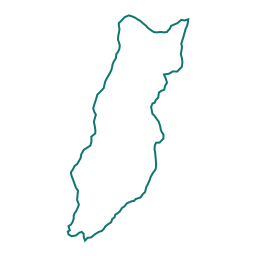 outline of Oriente, São Paulo, Brazil
{"feature_id": "56859067B33537633003758", "entity_name": "Oriente", "entity_type": "district", "adm_level": 2, "iso_a3": "BRA", "parent_name": "Brazil", "parent_adm1": "São Paulo", "projection": "equal_earth", "projection_center": [-50.092, -22.144], "detail": "fine", "context": "isolated", "style": "outline", "palette": "teal", "viewbox_px": 256, "rotation_deg": 0, "n_neighbors": 0, "source": "geoboundaries", "source_scale": "gbopen_adm2", "svg_char_len": 2132}
<svg xmlns="http://www.w3.org/2000/svg" viewBox="0 0 256 256"><path d="M85.0,240.6L87.5,237.8L90.9,237.5L93.1,235.7L95.8,233.7L99.0,231.8L101.8,231.0L104.0,228.6L105.3,226.4L108.0,224.3L111.2,222.2L112.3,218.9L114.4,217.5L115.3,214.6L117.8,213.2L120.1,211.0L121.9,208.1L124.4,206.4L127.0,203.2L131.3,201.4L134.2,200.8L135.7,199.0L137.7,198.4L140.3,197.6L142.8,194.2L145.1,192.0L145.7,189.4L146.4,186.8L148.0,183.8L149.7,179.9L150.8,176.7L153.0,172.8L155.5,169.5L156.1,166.5L156.0,162.6L155.7,158.7L155.2,153.1L154.5,148.9L154.8,145.6L156.1,142.7L159.6,142.6L161.8,140.3L163.4,138.7L163.5,134.6L161.7,132.0L160.7,129.3L160.2,126.2L158.7,121.6L156.8,119.1L154.3,115.5L152.5,114.0L151.8,110.6L151.1,106.9L152.6,103.3L154.6,102.8L155.8,100.0L158.2,97.6L158.9,92.6L161.4,90.8L164.2,89.8L165.1,85.7L167.0,82.8L165.9,78.8L164.0,74.5L168.8,73.8L172.9,71.4L177.0,71.6L179.4,69.3L181.9,66.7L182.4,62.3L182.0,58.6L180.8,54.0L181.5,50.5L182.0,46.9L181.3,43.8L182.3,40.4L183.2,37.8L184.1,34.5L185.6,28.9L186.9,26.2L187.7,23.5L188.2,19.3L184.6,20.5L181.4,19.9L179.4,21.4L177.5,23.1L174.6,24.4L171.1,25.8L170.1,28.2L166.9,32.0L163.8,32.4L161.4,32.0L159.1,32.1L156.6,32.4L153.7,32.0L150.7,30.0L148.3,28.2L146.0,25.7L143.0,23.3L140.2,20.8L137.4,19.3L135.3,17.8L132.4,16.5L128.9,15.4L124.6,17.2L120.9,21.2L118.8,23.1L118.9,26.2L119.5,28.9L119.1,31.7L118.2,36.3L118.0,39.6L118.9,42.3L119.8,45.6L119.3,49.1L117.9,52.1L116.3,54.1L116.0,57.8L113.8,61.5L112.5,64.6L112.1,67.3L111.3,70.2L109.8,73.3L107.3,77.5L105.3,81.3L104.6,84.0L103.7,88.2L101.4,90.5L99.6,92.4L97.3,94.7L96.2,98.8L94.5,104.0L93.2,108.3L94.2,111.6L95.9,114.8L94.9,117.9L93.9,121.8L94.9,126.9L95.4,130.3L95.2,133.5L91.3,136.7L91.5,141.3L90.4,145.6L86.6,148.0L83.8,149.8L81.3,154.2L80.6,158.2L79.1,160.7L77.1,164.2L74.8,165.7L73.0,169.2L70.9,172.4L71.6,176.0L72.9,179.3L74.1,182.6L75.9,187.6L78.1,191.0L77.6,194.2L77.1,199.9L78.9,204.6L77.4,208.5L76.1,211.2L74.6,213.2L73.7,215.7L73.7,218.7L72.6,222.0L70.9,224.6L68.5,226.2L69.8,230.4L67.8,231.5L68.6,234.5L71.6,236.2L76.1,235.4L79.3,232.7L81.7,231.9L83.6,233.7L83.8,237.1L85.0,240.6Z" fill="none" stroke="#0f766e" stroke-width="2"/></svg>